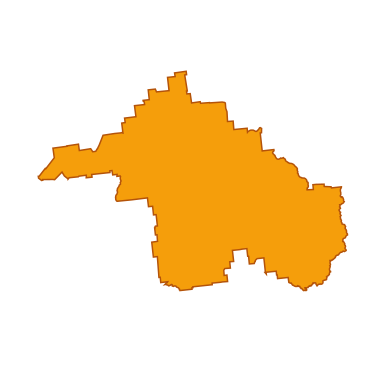 Barcaldine, Queensland, Australia, rotated 348°
{"feature_id": "25037944B32668450975374", "entity_name": "Barcaldine", "entity_type": "district", "adm_level": 2, "iso_a3": "AUS", "parent_name": "Australia", "parent_adm1": "Queensland", "projection": "albers", "projection_center": [146.199, -23.052], "detail": "fine", "context": "isolated", "style": "filled", "palette": "amber", "viewbox_px": 384, "rotation_deg": 348, "n_neighbors": 0, "source": "geoboundaries", "source_scale": "gbopen_adm2", "svg_char_len": 6075}
<svg xmlns="http://www.w3.org/2000/svg" viewBox="0 0 384 384"><g transform="rotate(348 192 192)"><path d="M47.3,149.5L48.6,149.4L48.6,148.8L58.5,150.8L60.2,151.4L69.0,145.5L70.5,149.8L73.4,153.3L73.4,153.7L74.8,152.5L84.0,153.5L84.7,153.0L92.1,153.6L91.5,156.1L97.3,156.7L97.5,154.0L115.8,155.9L116.0,154.2L118.2,154.4L118.0,158.8L122.4,159.2L121.8,161.1L125.1,161.4L125.3,162.1L124.9,162.8L124.6,164.0L124.6,165.2L124.9,165.9L124.7,166.3L124.7,166.8L124.4,167.2L123.8,167.8L123.7,169.4L123.2,169.8L122.3,170.1L121.7,171.3L119.8,173.1L119.7,173.6L119.0,174.9L119.2,175.6L119.0,175.9L119.1,176.8L117.9,178.8L117.1,179.2L116.4,180.5L116.3,181.4L116.1,181.5L116.1,182.4L115.9,182.8L115.9,184.0L116.2,184.4L116.3,185.0L116.8,185.5L131.2,187.1L147.2,188.5L146.4,197.3L150.5,197.8L149.6,206.4L152.2,206.7L151.1,218.0L149.1,217.8L148.6,218.3L148.5,219.3L148.0,219.3L147.3,226.4L148.9,226.6L148.0,233.1L142.2,232.7L140.7,247.6L144.7,248.0L141.9,268.7L143.2,268.8L142.6,274.1L149.5,274.7L149.3,274.9L149.1,275.4L148.3,275.5L146.2,276.9L147.1,276.9L147.8,277.5L148.8,277.9L149.6,278.9L150.0,279.0L151.4,278.7L152.1,278.3L152.8,278.2L153.2,278.4L153.1,279.1L153.4,279.3L153.2,279.9L154.4,280.5L154.8,280.2L156.1,280.4L156.9,281.0L157.0,281.6L157.3,281.9L158.8,282.9L159.3,283.9L159.3,284.7L159.6,284.7L159.7,285.9L171.8,287.1L172.0,285.7L173.0,285.8L173.1,284.9L192.5,286.9L192.7,285.3L200.8,286.2L203.2,286.3L208.2,287.0L208.9,280.5L206.1,280.3L206.8,275.1L208.2,273.7L213.7,274.4L214.4,268.1L218.3,268.6L219.4,257.5L226.9,258.3L229.1,258.3L233.9,258.8L233.1,266.4L234.0,266.7L233.1,274.3L238.0,274.9L238.9,273.4L239.4,273.1L239.6,272.4L240.3,271.6L241.9,270.7L248.6,271.4L247.1,285.8L246.6,285.8L247.6,287.7L247.8,285.9L257.9,287.0L257.5,290.7L258.1,290.8L257.7,294.5L268.3,295.6L268.0,299.2L268.1,299.3L267.9,300.4L268.0,300.7L268.6,301.0L269.1,301.6L270.1,301.7L271.0,304.0L271.6,304.2L272.5,305.2L273.6,305.9L274.9,306.2L276.0,305.6L276.2,305.8L276.2,306.3L276.9,306.3L277.0,306.6L277.8,306.8L278.0,308.1L278.5,308.5L278.6,309.1L279.2,309.2L279.4,309.5L280.2,311.1L280.7,311.4L280.7,311.6L281.7,311.7L281.9,311.5L282.9,312.1L283.3,311.7L283.7,311.8L283.9,311.3L283.5,310.5L283.2,310.4L283.2,310.2L282.6,309.6L282.5,309.2L283.1,309.2L284.3,309.7L285.3,309.3L285.6,309.5L286.7,308.5L287.0,308.6L287.6,308.6L287.4,308.3L287.9,308.1L288.7,308.2L289.0,308.5L289.3,308.5L289.6,308.3L290.1,307.4L291.0,307.1L291.1,306.5L291.6,306.0L292.3,306.6L292.6,306.3L293.5,306.3L294.2,306.9L294.1,307.9L294.8,309.8L296.2,308.8L297.1,308.5L298.0,308.9L298.2,308.7L298.6,308.7L299.6,309.1L300.7,308.7L301.3,307.8L301.5,306.2L302.7,305.8L303.0,305.9L303.5,305.8L303.8,305.6L304.1,305.6L304.5,305.9L305.4,305.6L305.5,304.8L306.2,303.8L306.3,303.1L306.1,302.9L307.0,302.3L308.2,302.1L308.7,301.4L309.2,301.2L309.2,300.8L310.0,299.2L311.0,298.9L311.0,298.3L310.3,297.9L310.4,295.9L311.1,294.8L311.7,293.6L311.4,292.7L312.1,292.3L312.4,291.6L312.4,291.0L312.2,290.8L312.2,290.0L312.7,288.8L312.7,287.9L313.4,288.3L314.0,287.9L314.1,287.6L314.8,287.8L315.3,287.7L315.7,287.2L316.1,287.3L318.4,286.0L318.4,285.7L319.1,285.2L319.1,284.7L320.1,284.1L321.0,283.9L321.3,284.1L322.0,284.0L322.3,283.7L322.5,283.7L323.2,282.9L324.8,281.9L325.8,282.0L326.6,281.8L327.3,281.3L327.9,281.3L328.5,281.9L328.9,281.9L330.6,281.3L330.6,280.2L330.2,279.9L329.9,279.1L330.1,278.3L330.6,277.7L330.9,277.0L330.8,276.2L330.3,275.3L330.7,274.3L329.9,272.0L329.1,271.8L329.1,271.6L329.5,271.1L329.5,270.1L329.8,269.9L330.3,269.0L332.3,268.7L332.8,268.2L333.1,267.5L334.2,266.6L334.7,266.4L335.1,266.4L335.3,265.6L335.3,265.2L334.9,264.6L334.7,263.7L335.1,262.1L334.8,261.4L334.9,260.8L334.4,260.0L334.2,259.5L334.5,259.0L334.5,258.3L335.1,257.6L334.3,255.9L334.4,255.6L333.6,255.3L332.1,254.4L332.2,253.2L331.7,252.0L332.2,251.0L332.2,250.4L331.6,249.6L331.7,249.1L331.9,248.8L331.7,248.3L332.0,247.3L331.8,246.7L332.9,246.0L332.2,244.1L333.1,242.9L333.1,242.6L332.4,242.1L332.3,241.7L332.4,241.3L332.0,240.2L332.6,239.6L333.8,238.9L333.8,238.4L333.2,237.4L333.2,237.2L333.8,236.7L333.8,235.2L334.8,235.4L336.2,234.5L336.8,234.6L338.0,234.0L338.9,233.0L338.5,232.7L338.4,232.0L338.7,230.9L338.5,229.3L338.1,228.2L337.5,227.7L337.4,227.7L337.0,228.2L336.3,227.3L336.2,226.7L336.3,226.3L337.0,225.5L337.4,223.4L337.3,222.6L337.5,220.9L338.2,219.4L338.9,219.0L339.2,218.0L329.3,217.0L329.0,216.3L329.1,215.8L322.5,214.1L322.8,211.8L314.7,210.3L311.8,210.0L311.2,214.8L305.0,213.8L305.1,212.9L305.6,212.5L305.8,211.7L306.7,211.3L306.9,210.8L307.1,210.1L307.0,209.1L307.5,207.2L307.4,206.6L306.5,205.7L306.7,204.4L305.8,202.6L304.5,201.6L303.9,201.6L301.9,200.8L301.7,200.4L300.6,199.8L299.9,198.5L299.6,197.3L299.7,196.4L299.1,195.3L299.7,194.4L299.4,192.2L299.9,191.5L299.8,190.7L299.2,189.4L298.2,188.4L298.1,187.9L297.1,186.2L295.5,184.9L294.4,184.5L293.1,184.2L292.6,183.3L292.2,183.3L291.6,182.8L291.4,182.3L290.1,181.0L290.0,180.7L290.1,179.4L288.9,178.2L288.6,177.4L286.8,177.7L285.8,177.2L284.5,177.8L283.3,177.9L282.4,177.6L281.8,177.0L281.1,175.6L280.7,173.5L280.4,173.4L280.4,173.1L279.2,171.3L279.0,170.6L279.3,169.6L280.3,169.2L280.9,168.3L280.9,167.5L269.2,166.4L271.0,148.4L272.3,148.5L273.3,144.3L272.1,143.2L271.4,143.3L270.2,144.6L267.8,146.1L266.8,145.9L264.9,144.3L263.5,143.9L261.9,143.7L260.9,144.0L259.6,144.4L258.7,145.1L259.2,141.1L245.9,139.6L247.0,131.2L241.4,130.4L242.9,120.8L242.4,117.2L243.1,111.9L242.5,111.2L240.2,110.3L227.7,108.5L227.7,108.2L218.8,107.0L218.8,105.4L210.1,104.8L210.7,95.4L207.4,95.0L207.6,92.1L208.4,92.2L209.2,76.0L211.1,76.1L211.4,72.7L199.7,71.9L199.5,75.6L191.9,74.8L190.6,88.1L178.1,86.7L177.5,83.7L170.4,83.0L169.4,92.8L163.2,92.2L163.1,92.9L164.0,93.8L163.8,96.6L153.7,95.6L152.8,106.7L141.4,105.7L141.1,110.2L137.6,110.0L136.7,120.0L135.3,119.2L134.8,119.4L128.5,118.7L116.8,118.0L111.0,126.8L109.1,129.2L108.8,129.8L108.0,130.5L107.9,130.4L106.3,132.2L103.3,132.0L101.9,128.6L90.4,128.0L90.9,121.6L79.2,120.9L79.2,121.3L65.1,120.2L64.4,129.9L53.8,138.9L53.4,138.4L45.8,144.8L44.9,144.7L44.8,146.6L47.3,149.5Z" fill="#f59e0b" stroke="#b45309" stroke-width="1.5"/></g></svg>